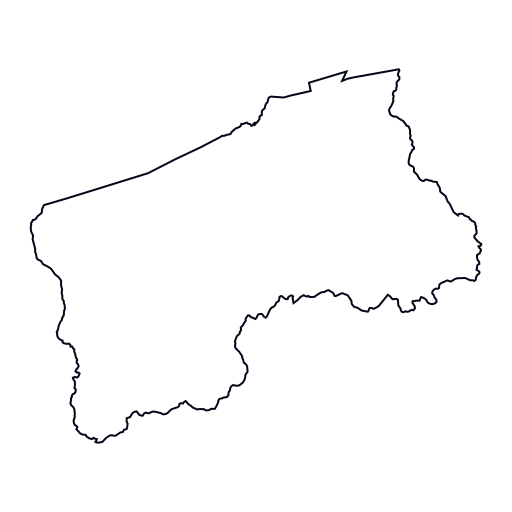 Tongaren, Western, Kenya
{"feature_id": "3690345B81576383525982", "entity_name": "Tongaren", "entity_type": "district", "adm_level": 2, "iso_a3": "KEN", "parent_name": "Kenya", "parent_adm1": "Western", "projection": "albers", "projection_center": [34.939, 0.777], "detail": "fine", "context": "isolated", "style": "outline", "palette": "ink", "viewbox_px": 512, "rotation_deg": 0, "n_neighbors": 0, "source": "geoboundaries", "source_scale": "gbopen_adm2", "svg_char_len": 5973}
<svg xmlns="http://www.w3.org/2000/svg" viewBox="0 0 512 512"><path d="M61.1,280.6L61.0,283.9L61.2,285.8L62.1,289.4L61.6,293.4L62.3,295.1L62.4,299.2L63.8,301.1L63.9,303.3L64.6,304.9L64.9,309.1L64.1,310.7L63.8,314.8L63.2,316.5L62.0,318.1L61.8,320.0L60.5,321.7L58.6,326.1L58.0,329.7L56.7,331.8L57.2,333.1L57.1,334.6L57.4,336.3L58.3,337.9L59.7,339.3L62.6,340.7L62.4,342.0L63.6,343.2L66.9,343.9L69.0,343.6L70.3,344.8L70.5,346.6L72.2,346.6L72.9,348.1L74.3,349.4L74.2,351.4L75.4,354.7L75.9,357.7L76.8,358.7L77.2,360.0L76.6,361.6L76.8,363.1L78.1,364.3L78.6,366.2L77.8,367.8L75.9,370.0L75.5,371.4L76.9,372.5L78.5,372.6L79.6,373.6L78.4,376.5L77.2,377.5L75.1,377.0L72.9,377.7L73.7,380.0L74.9,381.5L74.9,385.9L74.4,388.1L75.6,389.0L75.7,390.7L75.5,392.0L74.6,393.3L72.8,394.2L71.9,395.4L71.9,396.9L71.0,398.0L71.1,399.6L70.4,403.4L71.3,405.3L73.1,406.9L74.2,408.7L74.4,410.1L74.9,414.4L74.5,415.8L74.8,417.2L73.6,420.3L73.9,423.2L74.8,425.0L76.4,425.8L77.3,427.1L76.4,429.2L80.4,433.6L82.4,434.5L85.7,434.9L86.2,436.2L89.0,438.2L90.6,438.8L92.3,438.9L93.5,437.9L94.9,438.7L96.8,439.1L96.3,440.7L95.4,441.9L97.3,442.7L101.6,442.2L102.7,441.6L106.2,437.8L109.6,435.6L111.4,435.2L114.3,435.8L116.0,435.5L120.3,432.5L122.8,432.0L124.1,429.7L126.6,429.1L127.2,427.2L127.6,423.5L126.6,421.6L126.7,418.2L130.0,417.1L132.5,413.1L134.5,411.8L136.6,411.4L139.6,415.1L142.5,415.8L144.4,413.2L145.8,412.6L147.7,413.2L149.3,413.1L152.5,411.6L155.0,411.7L160.8,413.1L163.4,414.4L166.3,413.8L167.4,413.1L171.4,409.3L177.9,407.1L179.2,405.9L179.3,404.1L180.8,403.2L183.0,403.5L184.0,402.1L185.5,401.1L186.7,402.0L188.2,404.1L191.1,405.9L192.5,407.4L197.4,409.5L199.6,409.0L203.9,409.2L205.7,410.3L208.0,410.3L209.9,409.7L211.1,408.8L214.7,408.9L216.8,405.5L218.2,402.0L218.4,400.4L219.2,399.2L220.5,398.5L222.2,398.4L223.3,397.6L226.9,397.1L228.4,395.2L228.6,392.2L229.7,390.9L230.5,387.5L231.7,385.9L233.1,385.1L236.7,385.8L239.4,385.3L242.5,382.9L244.3,380.3L245.1,377.8L245.5,374.6L247.6,371.7L247.1,366.1L245.9,364.3L243.8,362.6L243.1,359.6L242.2,357.8L242.3,356.5L239.4,352.0L235.7,348.3L235.0,346.4L235.4,343.1L234.9,341.3L236.8,336.2L239.7,333.6L239.8,331.8L241.0,330.4L240.8,327.5L243.3,324.7L244.1,322.9L245.7,320.8L245.7,318.4L248.1,315.3L249.5,315.5L250.4,316.8L255.5,319.0L256.6,317.6L258.0,314.7L259.8,314.0L261.6,313.9L262.8,314.9L263.8,316.6L265.7,317.7L266.9,316.4L270.0,309.6L271.5,307.7L273.7,306.7L274.9,305.5L276.5,302.4L278.7,301.0L279.3,299.0L279.4,297.1L280.5,296.2L282.0,296.2L284.3,298.3L286.1,299.2L287.8,299.0L288.1,297.4L289.1,296.5L290.4,295.7L291.9,295.5L293.1,296.4L292.6,298.2L293.5,303.1L297.8,299.9L300.5,297.0L303.5,295.2L306.8,296.6L308.4,295.9L309.9,297.1L314.6,296.8L316.0,295.6L321.1,292.4L324.4,292.0L326.4,290.8L328.4,290.1L333.0,292.8L334.8,296.1L336.2,295.9L341.4,293.4L343.0,293.3L344.9,294.3L346.7,294.8L347.9,295.5L351.0,300.2L351.6,301.6L351.5,303.2L352.1,304.5L354.2,306.9L357.2,307.6L361.6,310.5L367.8,311.7L368.7,310.5L369.0,309.0L369.9,307.9L371.8,308.1L373.3,308.8L374.5,308.5L378.7,306.1L387.8,294.8L389.8,296.1L392.5,299.2L396.6,298.9L397.9,299.8L398.4,305.6L400.6,308.6L400.7,310.2L401.7,311.7L403.6,312.2L405.6,311.3L407.1,311.8L409.1,311.4L410.6,310.3L412.0,309.9L413.4,310.3L415.0,308.2L414.7,306.3L412.4,302.7L412.7,301.1L414.6,301.2L416.1,300.6L419.5,300.7L421.0,297.1L422.9,297.6L424.8,298.7L426.0,299.6L427.8,302.6L429.8,303.7L432.3,304.2L434.7,303.5L436.5,302.0L436.3,299.6L434.5,297.5L434.1,295.8L432.1,293.0L432.6,291.2L434.1,289.5L435.9,288.6L437.8,288.8L439.1,287.9L439.1,286.3L439.5,284.4L441.0,283.2L447.3,280.4L450.7,281.6L454.9,279.1L457.0,278.3L464.9,278.0L466.3,278.4L469.9,280.2L472.8,280.3L474.3,281.0L475.8,279.7L476.1,277.3L477.2,275.1L478.7,274.0L479.5,272.9L479.3,271.6L476.5,269.7L477.1,267.8L477.0,266.0L477.9,264.8L479.3,263.9L479.2,262.0L477.6,260.0L477.0,257.4L477.0,255.1L479.7,253.3L481.0,250.4L480.6,249.1L479.2,247.8L478.5,246.3L480.7,245.7L481.3,244.1L477.7,241.4L474.3,237.4L474.4,235.8L476.6,233.2L476.4,229.9L475.8,228.1L476.2,226.6L475.3,225.0L475.1,223.0L473.7,221.5L472.2,221.2L471.1,219.9L469.6,218.9L469.0,217.3L464.4,215.5L463.2,214.2L461.7,213.6L458.7,214.0L458.0,215.5L455.0,213.2L453.6,212.0L449.8,204.0L447.5,201.2L445.6,196.1L441.0,192.4L440.2,191.4L439.9,188.5L439.3,186.9L437.4,184.0L436.8,182.0L433.0,181.6L431.2,180.7L429.2,180.5L427.3,179.7L425.3,179.7L423.8,181.0L422.2,180.8L420.4,179.8L419.1,178.3L417.2,174.8L413.9,171.5L414.0,168.2L413.3,166.9L409.9,165.2L409.0,164.2L408.6,162.7L408.8,159.7L409.3,158.4L410.0,154.2L411.3,152.2L412.3,150.0L414.0,148.8L413.8,147.0L411.8,144.7L412.4,143.1L412.5,141.5L411.8,140.3L410.4,139.4L410.0,137.7L410.7,135.7L410.0,133.9L410.1,130.0L408.7,126.6L406.2,125.4L405.4,123.6L404.2,122.6L403.5,121.2L398.1,118.0L396.9,116.9L395.3,116.4L393.8,116.7L391.2,115.3L390.3,114.3L389.0,110.6L389.3,109.1L391.9,104.7L393.4,100.8L393.1,99.1L393.7,95.9L392.8,94.6L393.2,92.8L393.8,91.2L395.5,90.7L396.3,89.3L396.3,87.6L397.0,85.8L396.5,83.7L396.7,82.2L399.3,79.4L399.4,77.1L398.4,76.2L397.9,74.5L398.5,72.3L399.4,70.6L398.8,69.3L353.6,77.4L347.7,78.7L342.1,80.9L346.5,71.5L309.0,82.7L310.7,91.0L290.4,95.6L283.8,97.5L271.1,96.6L269.6,97.1L268.5,98.1L267.4,102.5L266.3,103.2L265.2,105.8L264.6,108.4L262.4,110.3L261.8,111.6L261.8,115.1L260.5,115.7L259.5,116.7L259.6,118.9L256.8,122.7L254.9,122.8L255.5,123.9L254.6,125.1L253.4,124.1L252.7,125.3L251.3,125.9L250.2,124.1L248.2,123.7L246.8,122.6L242.9,124.0L241.4,123.9L241.0,125.5L239.5,127.0L235.6,128.5L231.6,132.0L230.8,133.7L229.3,134.4L227.6,134.6L223.8,135.9L222.0,135.8L220.6,136.9L200.0,147.6L176.2,158.8L148.0,173.2L65.8,198.7L43.9,205.1L42.3,208.5L41.6,213.0L37.6,216.2L35.4,219.3L34.3,219.8L32.8,220.0L32.3,221.4L31.1,222.9L31.2,225.3L30.7,227.0L31.0,231.1L33.1,235.7L32.6,239.1L35.2,249.0L35.1,252.0L36.0,253.9L36.7,258.2L37.9,259.6L40.7,260.8L42.0,262.4L42.7,263.8L44.1,264.9L45.6,265.4L49.7,267.8L51.2,269.0L54.5,273.6L55.6,274.9L58.4,277.0L61.1,280.6Z" fill="none" stroke="#020617" stroke-width="2"/></svg>